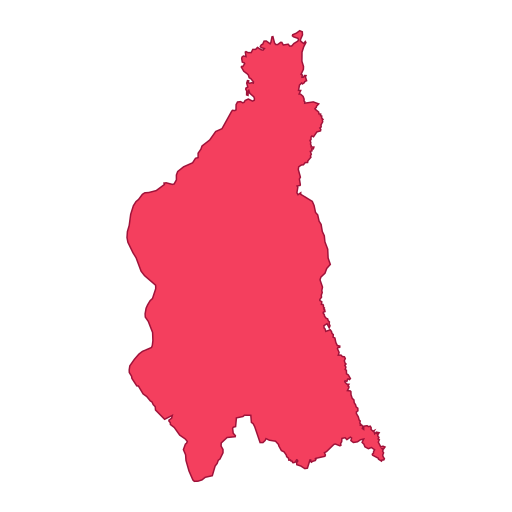 outline of Mbinga, Ruvuma, United Republic of Tanzania
{"feature_id": "72390352B96762734199587", "entity_name": "Mbinga", "entity_type": "district", "adm_level": 2, "iso_a3": "TZA", "parent_name": "United Republic of Tanzania", "parent_adm1": "Ruvuma", "projection": "orthographic", "projection_center": [35.084, -10.703], "detail": "fine", "context": "isolated", "style": "filled", "palette": "rose", "viewbox_px": 512, "rotation_deg": 0, "n_neighbors": 0, "source": "geoboundaries", "source_scale": "gbopen_adm2", "svg_char_len": 6028}
<svg xmlns="http://www.w3.org/2000/svg" viewBox="0 0 512 512"><path d="M177.7,171.5L176.4,175.0L176.4,179.9L174.1,184.0L172.4,184.4L166.2,182.8L164.0,183.1L164.4,184.5L156.2,190.6L148.9,192.5L144.8,192.8L142.4,194.3L138.6,199.4L136.0,201.6L133.4,205.7L130.7,214.3L129.2,225.5L127.4,231.6L127.0,237.6L127.9,242.3L133.0,252.8L136.1,257.8L141.1,271.2L144.5,275.6L155.6,285.2L155.7,286.6L155.7,288.8L152.5,298.5L150.1,300.7L147.6,304.9L146.1,308.2L145.1,313.8L145.3,317.1L148.3,321.4L152.6,332.5L152.9,340.7L152.3,345.5L151.5,347.5L142.4,351.4L138.9,354.1L134.4,359.3L129.8,365.9L129.2,369.9L129.3,372.5L131.6,376.3L131.9,378.4L136.0,384.7L136.8,385.9L138.4,386.0L143.1,393.9L146.8,396.6L150.3,400.9L152.0,402.0L153.2,404.6L155.2,406.7L155.5,410.0L164.6,419.3L172.3,415.4L171.6,418.2L168.9,420.2L169.0,421.2L170.3,422.6L170.4,424.5L174.3,427.5L179.7,435.1L185.2,438.9L187.3,441.4L186.6,443.2L185.4,444.1L183.4,449.6L185.6,454.8L186.0,460.5L189.0,471.0L192.9,480.0L194.3,481.3L197.9,481.2L202.0,479.9L205.2,477.3L212.3,475.7L215.1,466.1L217.1,463.5L218.3,460.2L219.9,459.1L223.0,452.8L223.0,449.5L221.1,446.1L221.2,443.0L227.1,437.5L235.2,436.7L235.4,435.7L233.2,433.2L232.6,428.4L233.3,427.2L235.6,426.6L236.4,417.9L243.0,416.5L244.4,415.2L250.8,415.3L251.4,422.4L253.1,423.6L254.7,426.7L260.1,442.6L262.9,442.6L265.1,440.5L266.0,438.6L269.3,440.2L275.5,441.2L278.6,444.6L278.7,445.7L281.4,450.6L284.0,451.8L286.2,454.9L286.7,456.7L288.5,458.2L288.9,460.2L290.5,460.0L290.9,461.0L292.0,461.1L292.7,462.6L293.7,462.7L295.4,462.0L296.6,459.8L297.3,460.0L297.8,461.0L296.6,462.7L296.8,464.7L300.8,466.0L304.8,468.6L307.4,468.2L310.0,459.9L310.7,460.0L310.8,461.7L311.6,462.2L312.1,461.5L315.3,460.5L315.9,459.4L315.3,458.8L315.6,458.4L324.9,456.3L325.4,455.0L324.4,452.7L326.5,451.6L333.9,444.4L335.3,444.0L339.9,445.8L340.9,445.3L340.6,443.5L341.7,441.7L341.9,438.4L345.1,437.7L346.9,439.6L350.4,437.1L351.6,438.0L350.9,440.6L353.4,442.5L357.5,441.8L360.4,439.8L363.7,439.0L362.1,442.4L363.9,444.2L364.9,446.8L368.4,448.7L371.4,447.5L374.6,449.8L373.6,451.4L373.5,453.0L372.3,454.2L372.6,455.2L378.4,458.3L378.5,459.2L381.5,461.1L381.9,460.1L383.8,459.9L384.4,458.7L383.0,456.5L382.7,455.0L383.6,452.8L382.6,451.3L383.1,449.7L382.2,448.8L383.7,448.8L385.0,447.0L383.0,446.2L380.7,446.8L378.3,442.1L379.3,439.7L378.1,439.0L378.9,437.3L378.0,436.5L377.7,434.9L379.1,432.7L376.7,432.2L376.9,433.5L375.8,432.7L374.7,433.8L373.8,431.2L374.2,430.6L373.0,431.2L371.0,429.4L371.2,427.9L370.3,426.2L368.3,426.6L367.1,425.7L363.7,426.2L363.7,429.4L362.3,428.4L363.0,426.8L361.9,425.2L359.6,425.3L361.2,424.7L359.8,423.0L360.2,421.0L359.2,420.1L358.3,416.8L356.4,413.6L356.4,411.9L357.9,410.8L357.8,408.2L356.1,406.9L355.6,404.8L354.2,402.7L353.9,399.9L352.2,398.3L351.0,394.7L350.9,391.6L350.2,390.9L347.4,390.6L348.9,387.6L348.9,386.6L347.9,385.9L348.9,384.3L346.7,384.1L344.7,381.7L345.1,380.8L346.9,381.3L347.6,379.1L348.5,378.9L349.4,379.6L350.4,378.6L348.3,374.9L346.5,373.8L346.4,370.3L345.2,369.5L345.9,367.1L344.8,365.3L346.0,364.0L345.1,363.2L344.3,360.8L345.3,358.5L344.4,356.8L342.3,356.5L341.0,355.1L338.3,355.2L339.1,352.4L337.4,348.7L337.9,347.6L339.7,347.3L339.8,346.1L337.3,345.5L335.8,342.4L334.9,338.0L333.1,337.2L333.3,334.6L332.0,333.4L331.5,331.5L330.2,329.8L325.8,331.4L325.0,328.8L324.1,328.0L323.9,325.7L327.0,323.7L329.2,327.8L330.0,325.8L329.2,323.9L329.4,321.9L328.2,320.7L327.6,318.8L326.3,318.4L324.5,316.2L324.4,314.9L323.2,313.1L323.3,312.2L324.9,311.6L324.4,310.9L324.9,310.1L323.7,308.9L324.4,308.0L323.4,306.9L323.4,305.2L322.9,304.5L321.4,304.4L321.8,301.8L319.8,300.5L319.8,299.5L321.5,297.2L321.3,295.1L322.2,292.6L321.8,290.5L322.5,287.1L320.0,279.8L320.9,277.1L325.0,273.2L326.7,268.5L330.3,264.4L328.1,258.0L327.7,249.2L324.9,241.8L324.3,235.8L322.3,231.5L321.1,224.4L319.1,221.2L317.7,214.9L315.5,212.4L314.1,205.6L312.3,201.4L300.7,194.3L300.7,192.8L298.0,194.7L296.9,192.7L297.8,187.3L297.1,186.0L300.1,185.4L300.3,184.6L299.4,179.0L300.4,177.2L298.3,169.5L298.7,166.8L301.4,165.0L303.4,164.8L305.2,162.6L307.6,162.5L307.9,160.8L310.9,157.2L310.4,155.9L311.3,154.3L310.3,151.4L312.0,150.8L311.7,148.9L313.3,148.9L313.9,147.1L311.1,146.9L311.2,145.5L310.5,144.1L310.8,142.5L310.0,140.3L311.0,139.7L311.0,137.1L311.9,136.0L313.5,136.8L316.9,131.9L320.5,130.9L320.8,129.4L319.8,128.0L321.2,126.9L321.0,124.9L322.7,121.8L322.3,119.9L323.0,119.4L321.7,118.0L321.7,116.0L320.5,115.7L320.7,114.1L318.9,113.9L318.7,112.1L315.2,109.2L315.0,108.5L316.3,107.4L316.5,106.2L318.7,103.9L313.3,101.9L304.7,103.2L304.8,101.7L304.0,100.9L304.1,99.1L303.1,96.4L300.6,94.2L299.1,94.0L300.7,90.5L298.5,90.4L299.5,85.0L301.7,83.0L302.5,83.9L304.4,82.6L304.7,81.6L306.6,80.7L305.4,76.9L306.0,75.6L304.5,75.5L303.4,77.2L302.0,77.3L302.3,75.0L301.1,74.3L303.4,69.3L303.5,66.5L301.9,61.2L302.0,52.2L303.7,46.8L305.9,42.6L305.3,41.5L303.6,43.5L300.5,41.0L300.5,39.5L302.5,34.9L302.3,31.8L299.7,30.7L296.3,33.2L292.7,34.7L292.4,35.8L293.5,36.8L298.0,38.4L298.5,39.9L297.7,41.2L293.9,43.5L291.7,46.0L289.7,46.1L288.2,44.2L283.3,45.0L281.8,42.4L280.7,42.3L277.7,44.6L275.7,44.5L274.5,42.9L272.9,36.6L272.0,36.8L270.9,42.3L270.1,43.8L266.3,41.0L264.1,41.1L262.6,44.4L261.5,44.6L260.3,46.4L261.2,47.7L264.4,48.5L263.0,50.2L261.1,49.7L257.5,47.4L255.6,49.4L252.8,49.4L251.2,52.6L247.9,52.6L246.0,51.6L245.3,52.1L246.0,56.6L243.4,56.0L242.0,57.1L241.7,58.6L242.3,62.1L244.3,62.9L244.7,63.7L242.8,66.5L241.7,66.4L241.3,67.0L243.8,71.3L247.4,74.0L248.4,75.1L249.2,77.8L250.7,78.5L253.5,81.9L253.3,83.1L251.8,82.7L249.6,83.3L248.3,82.7L248.7,80.8L247.5,80.6L246.7,83.1L247.8,87.1L245.9,88.1L245.8,89.4L246.7,90.9L246.6,94.9L248.0,95.4L248.3,90.9L248.8,90.3L249.8,93.3L253.8,96.8L254.4,98.3L254.3,100.3L252.5,101.1L248.3,99.0L245.1,100.5L244.1,102.3L242.8,102.8L240.5,101.6L237.5,102.0L236.1,104.6L236.0,109.9L234.8,110.6L232.5,110.3L231.7,111.2L222.0,128.7L215.7,131.5L209.7,140.0L202.0,146.0L200.9,149.2L198.1,153.2L198.1,157.6L195.5,158.3L192.6,162.8L183.6,166.8L177.7,171.5Z" fill="#f43f5e" stroke="#9f1239" stroke-width="1.5"/></svg>